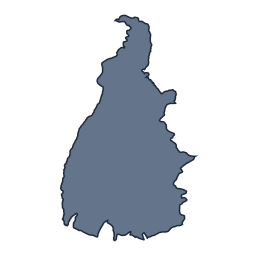 map outline of Tocantins (Mercator projection)
{"feature_id": "BRA-596", "entity_name": "Tocantins", "entity_type": "State", "adm_level": 1, "iso_a3": "BRA", "parent_name": "Brazil", "parent_adm1": "", "projection": "mercator", "projection_center": [-48.148, -9.274], "detail": "fine", "context": "isolated", "style": "filled", "palette": "slate", "viewbox_px": 256, "rotation_deg": 0, "n_neighbors": 0, "source": "natural_earth", "source_scale": "10m", "svg_char_len": 5811}
<svg xmlns="http://www.w3.org/2000/svg" viewBox="0 0 256 256"><path d="M195.3,156.3L194.6,156.7L194.2,157.5L194.0,158.8L193.0,159.8L188.6,162.3L187.8,162.9L186.4,163.3L185.1,164.6L183.6,165.4L182.3,166.7L180.6,168.1L180.5,168.9L181.4,169.4L181.5,170.0L182.5,171.5L182.5,171.9L181.8,172.5L180.2,173.0L178.8,173.9L177.1,177.4L176.3,179.6L174.5,181.2L173.4,183.4L173.5,184.3L173.9,185.1L175.4,185.9L176.3,187.8L176.9,188.3L181.3,189.0L183.6,189.7L185.7,190.7L186.5,191.3L186.5,191.8L186.0,193.1L185.4,193.5L182.2,194.7L181.6,195.2L181.4,195.8L181.5,197.3L181.8,197.9L183.6,197.6L184.6,197.7L186.0,198.6L186.9,199.9L186.7,200.3L185.4,201.3L183.1,202.2L182.1,203.6L180.0,204.8L179.7,205.3L179.5,211.7L180.2,214.0L181.6,214.9L183.7,215.4L184.2,215.8L184.5,216.2L184.6,218.7L182.3,222.4L182.2,223.4L182.5,224.3L180.7,225.3L179.4,225.6L176.8,225.7L175.6,226.4L172.8,227.0L171.3,227.9L168.5,230.9L167.8,231.5L165.1,232.0L162.5,231.9L159.3,232.6L154.1,235.4L152.8,235.5L149.8,236.9L148.1,237.1L147.4,238.2L147.1,238.0L146.8,236.8L146.0,235.8L145.7,234.9L144.9,234.0L144.3,232.9L143.9,232.8L142.6,233.9L142.2,234.6L144.0,239.2L144.0,239.7L143.8,239.8L138.6,238.1L136.4,236.7L136.1,236.7L135.6,237.2L135.2,237.2L132.7,235.4L131.4,235.0L130.2,234.9L130.1,234.7L130.2,234.1L130.9,232.2L130.8,231.8L130.3,231.7L128.7,232.6L125.9,234.7L124.4,235.3L121.7,235.4L118.5,234.2L117.3,234.5L116.9,235.1L116.3,239.1L115.7,239.9L114.7,240.6L114.1,240.3L113.7,239.1L113.7,238.0L114.2,235.8L114.0,232.6L113.1,230.2L113.3,228.7L113.2,228.0L112.5,226.4L111.5,225.3L109.8,224.0L107.5,222.7L107.3,222.1L107.6,220.4L106.1,221.1L104.0,222.6L99.7,230.0L98.1,233.7L97.8,234.6L97.7,236.4L97.4,236.8L97.0,236.9L96.4,236.8L93.7,235.5L92.5,235.2L89.2,234.8L83.1,231.9L81.5,230.7L81.0,230.5L79.3,230.5L73.7,227.7L73.4,227.0L73.4,223.7L73.7,222.8L75.3,220.4L75.4,219.4L75.3,217.5L77.0,215.5L77.3,214.9L77.3,214.1L76.7,213.3L73.2,215.6L71.2,217.3L71.0,218.1L69.7,219.7L69.4,221.0L68.7,221.6L68.1,224.6L67.6,225.6L66.1,225.5L65.4,225.1L65.3,224.9L65.5,224.6L64.5,224.5L64.2,223.6L64.2,222.2L63.8,220.5L62.7,219.7L62.5,219.1L62.6,218.9L63.1,219.0L63.2,218.8L63.1,217.8L63.6,216.1L63.6,214.9L64.1,214.6L64.2,214.2L63.7,210.8L63.8,209.8L63.4,208.8L62.9,208.3L62.5,207.6L62.3,203.4L62.3,202.3L63.0,201.5L62.8,200.3L63.2,199.8L63.3,199.2L63.2,198.9L62.4,198.5L62.0,196.2L61.5,195.2L61.6,194.3L62.9,193.0L63.1,191.2L62.8,190.8L61.5,190.0L60.7,188.5L61.1,185.8L62.0,183.1L62.6,181.8L62.8,178.6L63.4,177.5L64.0,177.0L64.2,176.4L63.6,172.7L64.1,171.5L63.8,169.8L64.5,169.0L64.9,167.9L64.9,166.8L64.5,165.8L64.5,165.3L65.2,164.0L65.9,163.8L66.3,162.8L66.7,162.6L66.5,161.6L67.3,160.4L67.4,158.7L69.2,156.6L69.7,155.4L70.2,153.1L70.0,151.4L70.5,150.1L72.5,147.8L73.2,145.0L74.8,142.3L75.6,140.1L76.3,139.6L76.7,139.0L76.9,137.9L77.7,135.9L78.0,133.0L78.9,130.4L79.3,128.6L80.7,127.0L81.3,125.8L82.7,124.5L84.3,122.1L85.2,121.1L85.6,120.6L85.9,119.7L86.4,119.2L86.9,118.2L87.3,117.7L89.3,116.3L91.0,115.9L91.5,115.7L92.5,114.7L92.8,113.7L94.1,111.9L94.3,111.2L94.1,110.9L94.8,109.4L95.1,109.2L96.2,107.5L97.5,104.4L99.0,103.3L99.5,102.6L101.5,95.9L101.6,95.1L102.4,94.1L102.5,92.0L103.2,89.8L103.1,88.1L103.3,87.1L102.8,86.7L101.7,86.3L98.3,83.8L97.6,82.7L97.2,81.5L97.2,80.2L97.6,78.9L101.8,73.7L102.6,72.0L102.6,67.5L101.8,64.3L101.9,63.2L102.4,62.6L107.5,59.3L110.6,58.3L111.9,58.2L112.7,57.6L116.3,56.1L117.0,55.2L117.1,54.5L117.0,53.3L116.9,52.9L116.7,52.8L118.4,49.9L121.2,47.6L122.3,47.4L124.2,47.9L124.5,47.8L124.6,47.0L123.7,46.2L123.3,44.7L123.3,42.3L123.6,42.0L126.0,41.3L127.1,40.7L127.1,39.6L126.6,39.1L125.8,38.7L125.6,38.0L125.8,37.4L126.6,36.9L128.2,36.6L128.6,36.3L128.7,35.7L128.5,35.1L126.9,33.4L126.7,31.3L127.0,30.7L127.5,30.4L129.3,30.2L129.7,29.9L130.9,28.5L130.9,27.9L130.4,27.1L129.4,26.3L129.1,25.5L127.4,25.4L126.7,24.9L124.6,21.6L124.0,21.5L120.4,21.8L119.7,22.1L117.6,21.5L116.2,20.6L115.2,20.6L116.4,19.3L117.4,19.1L118.0,19.3L118.3,19.8L118.6,19.7L119.0,19.1L120.1,16.8L121.3,16.0L123.5,15.4L125.6,15.4L126.3,15.9L130.6,17.9L131.7,18.1L133.0,18.1L133.6,18.0L134.3,17.4L134.8,17.2L137.5,17.8L138.4,18.5L138.6,20.4L138.8,20.9L139.1,21.3L139.7,21.5L141.3,21.3L142.2,21.5L145.7,23.7L147.3,23.9L147.9,24.4L148.3,25.2L149.1,26.9L148.7,31.1L149.6,32.0L149.9,33.1L150.6,34.5L150.6,35.6L150.3,37.4L150.3,40.9L150.7,43.0L151.7,44.4L151.6,45.6L150.7,47.6L151.0,48.5L150.4,49.9L150.4,50.5L150.8,51.1L149.6,52.8L149.5,54.3L148.6,57.0L148.9,58.0L148.4,59.5L148.4,61.2L148.7,62.2L148.2,64.8L147.9,65.5L146.0,67.1L144.5,69.6L143.2,69.2L142.2,69.7L141.8,70.5L142.4,71.4L143.9,72.4L144.4,73.7L145.9,72.6L147.9,72.9L148.7,73.5L148.9,74.5L148.6,75.6L146.7,76.7L145.8,77.4L146.2,77.6L148.1,77.4L149.2,79.7L149.6,79.9L150.1,79.7L150.7,79.8L150.9,80.3L150.9,80.9L151.9,81.3L152.3,82.4L152.4,83.2L152.8,83.3L153.0,82.6L153.3,82.7L153.8,83.4L153.8,84.0L154.2,84.4L154.2,85.3L155.3,85.7L156.2,87.4L156.6,87.9L157.7,88.6L159.1,90.7L159.6,91.9L160.5,92.3L161.2,93.6L161.7,93.7L162.7,93.4L163.4,92.5L165.3,91.4L167.8,91.1L168.6,90.4L171.4,90.1L172.6,89.7L173.3,90.0L174.0,90.9L175.5,91.5L176.2,94.4L175.2,97.1L175.6,98.0L175.2,98.9L175.0,100.2L174.1,101.0L174.9,102.6L175.6,103.2L175.3,103.4L171.0,103.4L169.4,103.6L167.4,104.4L166.4,105.3L165.0,108.4L164.5,111.4L163.9,112.6L164.5,114.7L164.4,115.1L162.4,116.8L160.1,119.2L159.5,120.4L159.6,120.8L160.7,121.6L163.2,121.7L164.7,122.7L166.1,124.7L166.4,126.1L166.4,128.6L167.0,129.7L168.5,131.1L170.8,132.3L173.5,133.3L174.2,133.8L174.4,134.3L174.4,134.9L173.1,136.2L172.6,137.7L172.1,138.0L171.3,138.0L170.8,138.5L170.6,139.3L170.7,140.3L171.0,140.6L172.1,141.1L173.2,142.1L175.4,143.6L176.3,145.3L176.2,147.6L177.2,148.6L177.7,149.8L178.9,150.9L179.4,151.9L180.9,152.4L182.8,152.0L183.7,152.0L186.4,152.9L188.2,154.9L190.3,155.9L193.5,156.3L195.3,156.3Z" fill="#64748b" stroke="#1e293b" stroke-width="1.5"/></svg>